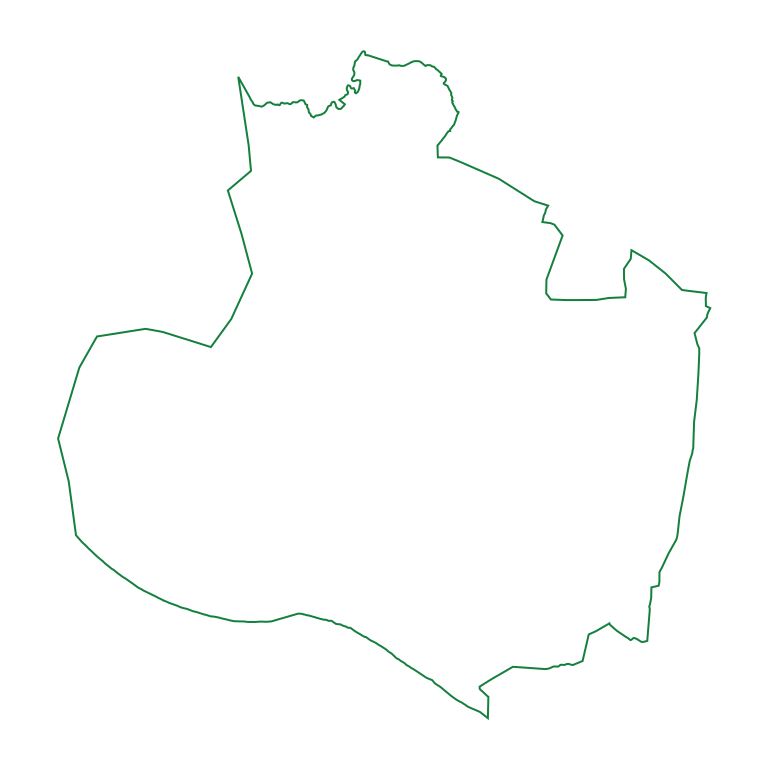 the district of Keta Municipal, Volta, Ghana, rotated 91°
{"feature_id": "2480657B20833842549797", "entity_name": "Keta Municipal", "entity_type": "district", "adm_level": 2, "iso_a3": "GHA", "parent_name": "Ghana", "parent_adm1": "Volta", "projection": "mercator", "projection_center": [0.862, 5.938], "detail": "fine", "context": "isolated", "style": "outline", "palette": "green", "viewbox_px": 768, "rotation_deg": 91, "n_neighbors": 0, "source": "geoboundaries", "source_scale": "gbopen_adm2", "svg_char_len": 6006}
<svg xmlns="http://www.w3.org/2000/svg" viewBox="0 0 768 768"><g transform="rotate(91 384 384)"><path d="M302.4,59.1L300.5,63.5L292.2,63.8L287.4,63.1L285.6,80.8L284.8,87.7L268.7,104.3L255.8,121.2L245.9,138.9L254.6,139.5L264.7,146.1L275.1,145.8L284.6,143.8L293.1,144.3L293.3,148.6L294.1,160.9L296.2,172.9L296.4,177.7L296.9,203.7L296.6,218.6L290.6,223.4L276.8,223.4L232.4,208.0L221.7,216.4L220.3,220.2L219.3,228.5L216.9,227.9L212.6,227.1L210.8,226.1L208.4,225.4L207.0,225.3L202.8,223.0L198.8,236.4L197.6,238.6L176.8,272.8L160.2,312.7L156.4,322.6L156.5,334.1L144.6,334.7L143.5,333.7L141.1,331.9L140.3,331.2L139.2,330.3L138.4,329.9L135.3,327.4L134.3,326.7L132.6,325.8L130.2,324.0L129.8,322.2L128.2,322.3L126.8,321.0L124.8,319.7L124.0,318.9L122.9,318.2L121.6,317.9L119.4,317.0L114.3,315.7L111.0,314.1L110.7,314.2L110.3,315.8L109.1,316.4L108.2,317.1L106.0,318.1L103.6,319.6L102.8,319.9L101.5,320.7L100.0,320.1L99.1,321.1L96.5,320.6L93.6,322.0L92.0,321.7L88.2,324.0L84.9,325.6L83.3,328.8L82.9,329.3L82.2,329.5L80.4,328.0L79.2,327.4L77.6,327.4L76.5,328.5L76.1,329.0L75.8,329.9L75.3,332.2L75.0,332.6L74.2,332.5L73.3,331.8L72.8,331.8L68.8,336.4L68.1,337.7L67.0,338.3L65.9,339.6L65.8,340.2L65.7,341.3L64.6,343.0L64.4,343.7L64.4,346.4L65.3,348.1L61.4,352.9L60.8,354.3L60.6,355.5L60.7,359.5L61.0,360.4L62.0,362.7L63.0,364.4L63.4,365.2L64.9,368.2L65.4,369.2L65.5,369.9L65.7,370.9L65.5,373.2L65.1,374.0L65.3,376.1L65.5,377.2L65.4,381.4L64.7,383.2L64.3,383.9L63.4,384.6L61.6,385.5L61.4,385.9L61.5,386.4L55.5,406.1L55.7,406.5L55.4,408.3L55.0,408.5L53.0,408.7L51.9,409.2L51.7,409.5L51.9,410.9L52.1,411.3L52.6,411.7L53.8,412.6L55.7,413.7L57.8,415.1L59.1,415.7L60.1,416.4L62.0,418.5L62.8,418.7L65.6,419.1L66.3,419.2L67.8,420.0L69.4,420.3L70.7,420.2L71.6,419.8L72.0,419.4L73.0,419.1L74.0,419.0L75.6,419.2L79.3,421.4L79.7,421.5L80.7,421.3L81.2,421.0L81.7,420.2L81.5,418.2L80.6,416.4L80.8,414.1L81.1,413.0L84.5,413.0L86.0,413.5L89.0,413.9L91.6,414.9L92.5,415.4L93.8,416.9L93.7,417.5L93.0,418.2L91.1,418.0L88.7,419.4L89.1,421.2L89.0,421.8L88.5,422.3L86.5,423.2L86.0,425.2L86.6,425.6L87.4,426.0L89.0,426.4L90.7,426.2L92.8,425.0L94.6,425.3L94.9,425.5L95.1,425.9L95.6,427.2L95.8,427.6L97.5,428.6L100.7,433.6L105.0,428.0L105.9,428.5L107.0,429.4L107.4,429.9L109.0,431.2L109.7,432.1L109.8,433.6L109.6,434.7L108.3,436.3L108.0,436.5L105.7,437.1L103.1,438.3L102.7,439.0L103.0,440.4L103.1,440.7L104.7,441.7L106.1,441.9L106.4,442.4L107.2,444.2L107.6,444.7L111.3,446.3L113.0,447.5L114.1,448.6L115.7,451.5L116.5,454.3L116.8,456.7L118.7,459.0L117.1,461.7L115.9,462.0L114.8,462.7L113.9,463.7L113.0,464.0L111.0,464.2L108.4,465.8L107.2,465.7L106.3,465.7L106.2,465.9L105.7,467.3L105.2,467.6L103.0,468.6L102.4,468.9L101.9,469.6L101.7,471.9L102.0,473.1L103.7,475.3L104.0,476.3L103.8,479.3L103.8,480.1L105.5,481.8L105.9,482.9L105.7,483.7L105.4,484.2L104.9,485.3L104.9,485.9L105.4,488.5L104.6,490.4L104.5,490.9L104.6,491.5L105.0,491.9L105.6,492.4L106.6,492.8L107.0,493.4L107.0,494.0L106.9,494.6L106.4,495.1L106.5,495.9L106.7,496.4L106.8,497.0L106.2,499.5L104.3,502.5L104.8,505.7L107.6,508.8L108.8,511.0L108.6,512.5L108.3,513.2L108.0,515.8L107.9,516.0L107.9,516.9L107.7,517.7L107.4,518.3L106.1,519.6L105.8,519.8L104.7,520.1L101.9,522.2L101.5,522.3L101.2,522.6L100.1,523.0L79.4,535.1L147.6,523.5L173.2,520.7L193.2,543.5L236.0,529.2L275.9,517.8L321.6,537.8L350.1,557.7L335.8,606.2L333.0,623.3L341.5,671.8L372.9,688.9L444.2,708.9L487.0,697.5L540.6,689.3L547.2,683.3L551.3,678.8L553.6,676.5L559.8,669.7L560.1,669.2L560.7,668.8L566.6,661.5L568.1,660.0L573.6,652.9L574.3,651.5L578.6,645.9L578.9,645.4L581.5,641.8L582.9,639.3L587.8,632.0L592.1,625.9L593.0,623.8L594.9,620.5L601.1,607.1L601.8,606.1L602.4,604.5L604.2,600.8L604.4,600.7L604.3,600.4L606.7,594.7L609.4,586.6L610.7,583.8L611.4,581.4L612.4,576.8L614.5,571.1L615.2,567.7L617.8,559.1L617.7,558.9L619.4,552.9L619.5,550.3L620.6,544.0L621.1,542.7L622.2,537.1L622.6,535.9L623.5,531.4L623.8,529.4L623.9,519.9L623.9,518.9L624.2,517.5L624.3,513.6L624.2,513.2L624.2,508.1L623.8,505.2L623.8,503.3L623.7,502.9L623.8,496.7L623.6,495.8L623.4,492.7L615.1,465.9L615.2,462.2L615.9,459.9L615.9,459.1L616.5,457.3L616.8,454.8L617.1,454.3L617.3,453.1L617.4,452.9L618.6,448.2L619.2,446.5L619.3,445.7L620.0,443.3L620.8,439.6L620.6,438.8L620.9,437.6L621.2,436.4L621.6,435.9L621.8,435.0L621.6,432.7L621.8,432.2L624.0,428.9L624.3,428.3L624.6,428.1L624.9,426.4L625.1,423.4L626.5,420.5L627.2,417.7L627.9,416.8L628.3,415.5L628.4,413.3L631.8,408.5L634.3,404.1L634.3,403.9L635.5,402.1L636.9,399.5L637.3,398.5L637.3,397.7L640.6,392.9L642.1,389.5L643.3,387.2L644.8,385.0L646.7,381.5L649.5,377.1L650.8,375.7L651.9,374.2L653.2,371.9L656.8,368.0L657.2,367.7L658.2,366.4L658.9,364.7L659.5,363.8L660.7,362.3L661.5,360.6L662.9,358.4L664.5,356.7L666.4,353.2L666.9,352.7L667.8,351.2L668.3,350.0L676.9,336.6L678.3,333.3L679.0,331.1L679.4,330.5L682.3,328.0L683.1,326.9L686.0,322.2L694.7,311.4L698.0,306.6L698.5,305.9L700.4,302.4L701.0,300.9L705.4,294.1L710.2,282.4L716.3,274.3L694.9,274.2L694.1,275.4L690.5,279.3L687.7,282.6L686.7,283.1L685.5,283.0L684.9,283.1L677.1,271.1L664.5,250.2L666.2,218.1L666.1,216.7L665.5,213.8L664.0,210.7L663.5,209.5L663.4,208.3L663.5,207.4L663.5,205.1L663.2,204.4L662.7,203.7L662.1,203.2L661.8,202.6L661.6,201.7L661.8,198.9L660.8,196.3L660.6,195.1L660.8,193.9L661.3,192.4L661.7,190.3L657.5,180.6L630.8,174.9L627.6,168.0L619.4,154.4L620.5,154.1L625.2,148.7L626.8,146.7L630.7,140.7L632.6,137.8L633.8,135.6L635.6,133.4L635.7,133.0L635.4,132.1L634.1,130.8L633.7,130.1L633.6,129.6L633.8,128.6L634.6,126.7L636.9,122.9L637.4,121.9L637.4,120.5L636.3,116.3L604.5,114.3L601.9,114.9L600.0,114.3L597.8,113.9L593.2,113.1L582.7,113.1L580.9,105.9L577.4,105.2L567.7,105.3L566.4,104.9L562.9,103.0L548.2,96.4L534.5,89.0L532.0,88.3L528.7,87.8L511.1,86.2L492.0,82.8L466.3,78.8L455.2,76.9L448.4,74.7L444.5,74.2L442.8,73.7L416.5,73.3L394.4,71.0L368.0,69.8L347.7,69.3L346.4,69.4L342.9,69.4L338.7,71.4L327.7,74.4L312.0,62.4L309.7,62.1L307.8,61.6L305.9,60.8L303.8,59.7L302.4,59.1Z" fill="none" stroke="#15803d" stroke-width="2"/></g></svg>